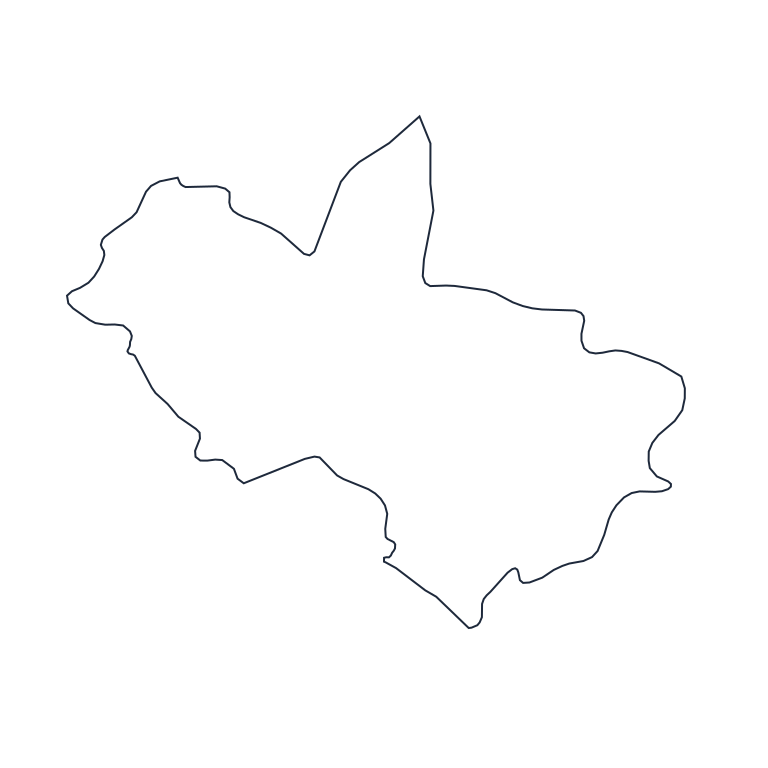 the border of Hà Giang, rotated 259°
{"feature_id": "VNM-512", "entity_name": "Hà Giang", "entity_type": "Province", "adm_level": 1, "iso_a3": "VNM", "parent_name": "Vietnam", "parent_adm1": "", "projection": "robinson", "projection_center": [104.964, 22.767], "detail": "fine", "context": "isolated", "style": "outline", "palette": "slate", "viewbox_px": 768, "rotation_deg": 259, "n_neighbors": 0, "source": "natural_earth", "source_scale": "10m", "svg_char_len": 2393}
<svg xmlns="http://www.w3.org/2000/svg" viewBox="0 0 768 768"><g transform="rotate(259 384 384)"><path d="M523.4,89.5L531.2,89.7L534.6,95.4L536.4,104.0L539.8,113.2L544.8,120.0L551.4,126.2L558.2,131.2L564.0,134.1L568.1,134.4L571.3,133.1L574.6,132.6L579.5,135.2L581.6,137.9L587.1,149.0L595.8,168.3L599.8,173.9L618.2,187.1L619.9,189.3L622.9,193.1L625.7,202.5L625.9,220.8L620.1,222.1L618.3,223.1L616.7,224.7L615.2,226.8L610.0,257.5L606.1,265.4L601.7,268.9L596.7,268.1L591.8,266.8L586.9,267.0L582.5,269.1L578.4,273.2L574.4,278.5L565.6,293.8L559.0,302.8L551.3,311.7L527.0,330.3L524.5,335.5L527.4,341.0L590.7,380.2L600.3,391.5L606.6,402.0L619.5,435.1L639.9,469.9L611.3,475.5L571.6,467.7L544.8,465.6L498.7,447.0L482.4,442.6L475.2,443.8L471.3,448.0L468.8,463.7L466.8,472.0L456.4,502.6L451.9,510.7L439.6,526.0L434.1,535.0L430.0,544.0L427.0,553.3L419.7,585.5L416.3,590.9L412.6,592.8L407.9,592.6L395.6,587.4L388.8,586.1L380.9,587.2L375.9,591.6L373.6,597.6L373.0,604.6L373.1,611.3L372.8,617.5L371.2,623.4L368.9,629.2L351.8,657.9L334.6,677.3L322.4,678.5L312.5,676.5L301.4,671.8L292.3,662.4L281.6,643.7L275.0,636.2L267.2,631.0L258.1,629.1L250.7,628.9L241.2,634.2L234.1,644.4L231.1,646.6L228.5,646.0L226.6,642.9L225.7,636.4L226.4,629.7L229.8,614.4L229.7,606.3L226.9,598.0L220.6,589.0L214.5,583.1L208.1,578.7L193.9,571.4L179.3,561.8L174.4,555.2L172.2,546.0L172.4,531.6L171.4,524.4L169.1,515.2L163.7,502.4L161.4,488.9L162.2,482.6L165.5,480.0L173.5,479.9L176.4,479.4L178.1,477.6L177.8,474.5L175.2,469.3L159.7,448.8L157.0,444.5L153.9,440.9L149.4,438.3L136.4,435.6L131.7,432.4L129.4,429.6L128.1,423.4L128.3,420.6L165.2,394.7L173.6,385.1L201.0,360.7L208.6,351.6L209.6,350.1L213.4,350.9L213.5,353.1L212.9,355.8L214.3,358.0L216.8,359.8L218.5,361.8L220.5,363.4L224.4,364.4L226.9,363.4L231.2,357.9L233.5,356.5L241.6,357.6L255.9,362.4L264.6,361.8L272.1,358.8L278.2,354.5L283.7,348.6L298.4,326.1L303.2,320.5L324.2,306.8L326.0,301.9L325.6,292.0L313.3,227.4L319.0,222.2L329.4,220.5L340.2,210.7L342.0,203.9L342.5,196.0L343.9,189.1L348.5,185.1L354.4,185.8L365.5,192.9L371.4,193.7L375.7,190.9L391.1,175.9L405.6,167.8L418.7,158.0L424.8,155.3L459.3,144.8L460.8,143.3L461.6,141.3L462.7,139.4L464.9,138.4L466.1,138.9L469.2,141.4L470.6,142.0L473.8,142.8L476.3,144.5L479.3,145.6L484.1,144.7L491.2,139.1L493.8,131.0L495.4,121.7L498.9,112.3L503.0,107.2L517.6,93.2L523.4,89.5Z" fill="none" stroke="#1e293b" stroke-width="2"/></g></svg>